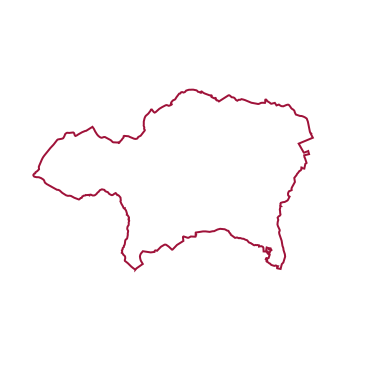 the district of Sangeorgiu De Padure, Mures, Romania, rotated 154°
{"feature_id": "2599482B81153426135249", "entity_name": "Sangeorgiu De Padure", "entity_type": "district", "adm_level": 2, "iso_a3": "ROU", "parent_name": "Romania", "parent_adm1": "Mures", "projection": "mercator", "projection_center": [24.904, 46.423], "detail": "fine", "context": "isolated", "style": "outline", "palette": "rose", "viewbox_px": 384, "rotation_deg": 154, "n_neighbors": 0, "source": "geoboundaries", "source_scale": "gbopen_adm2", "svg_char_len": 6072}
<svg xmlns="http://www.w3.org/2000/svg" viewBox="0 0 384 384"><g transform="rotate(154 192 192)"><path d="M325.5,277.7L326.9,277.1L327.3,276.5L327.3,275.9L327.0,274.9L325.3,273.5L323.2,272.4L321.5,270.6L320.0,268.1L319.9,266.6L320.1,265.0L319.1,262.8L312.4,253.2L311.2,252.5L310.3,251.4L309.0,248.1L306.6,244.2L305.4,243.1L303.5,242.2L302.5,241.5L300.3,238.4L297.0,234.9L296.5,234.8L294.7,235.4L293.8,235.1L292.4,236.1L291.8,236.0L291.1,236.2L289.5,235.7L288.8,235.9L288.1,235.4L286.4,234.8L285.6,233.8L285.4,233.9L285.4,234.4L284.1,234.0L282.8,232.4L281.5,231.8L280.5,231.7L278.7,232.1L277.1,232.9L275.9,233.1L274.0,234.0L271.8,233.9L269.8,232.3L269.7,231.2L269.4,230.5L267.7,228.7L267.2,226.5L265.8,224.6L265.2,224.2L264.3,224.1L262.4,224.5L261.1,224.5L260.9,224.1L260.9,223.3L260.4,222.5L260.5,221.9L259.7,221.5L259.3,220.7L258.7,218.4L259.7,215.6L260.4,215.1L260.6,212.6L260.4,209.5L260.5,207.8L260.2,207.0L259.5,206.9L259.8,206.1L259.4,204.4L259.9,201.1L260.6,200.1L260.0,199.2L259.8,196.8L260.1,196.2L260.2,196.4L261.2,195.0L261.1,193.6L262.3,192.4L262.6,191.5L263.5,190.0L265.0,189.2L266.1,187.8L266.5,186.7L266.4,185.3L266.7,184.6L268.0,182.8L268.5,181.6L270.5,178.9L271.3,178.4L272.4,178.3L273.3,177.6L275.2,174.7L276.1,173.8L276.8,173.5L277.3,172.5L278.8,172.0L279.2,171.5L279.6,170.7L280.6,170.3L281.0,168.7L281.8,168.1L281.3,167.1L281.2,165.7L280.5,164.0L280.5,163.1L281.0,161.8L282.3,160.2L282.5,159.5L280.9,156.2L279.2,151.4L277.8,148.5L276.9,147.2L277.0,147.0L275.4,147.7L267.8,148.9L268.1,152.8L267.7,154.9L267.1,156.8L266.3,157.9L265.0,159.0L262.1,160.3L255.6,155.8L252.0,154.6L251.5,155.3L250.7,155.6L250.0,155.3L249.2,154.5L243.9,156.4L239.9,156.7L239.2,156.5L238.5,156.0L237.8,154.9L236.8,153.0L235.4,149.3L235.2,148.9L234.7,148.8L228.7,151.0L221.2,151.8L220.0,155.2L219.6,155.7L219.0,155.7L216.0,152.8L215.2,152.4L212.5,152.5L208.7,150.4L208.2,150.4L207.8,151.3L207.0,151.6L206.9,151.9L207.2,152.5L206.9,152.8L206.7,153.6L206.4,153.9L199.5,151.8L197.0,150.6L193.6,148.4L190.7,147.7L189.3,147.1L185.6,147.1L182.9,146.6L179.0,144.2L178.4,143.5L177.3,141.9L176.3,141.1L176.2,139.2L175.7,137.6L175.9,136.7L173.4,131.9L171.5,131.4L170.0,129.8L169.1,129.7L167.3,128.0L166.1,127.3L165.1,125.9L163.6,124.4L163.0,121.8L161.4,120.0L161.1,119.3L160.7,118.9L160.2,117.9L159.7,117.1L159.1,116.7L158.2,116.6L157.4,116.0L156.5,115.7L155.2,114.7L155.7,113.6L153.6,113.0L152.7,112.1L152.3,111.4L152.3,110.5L153.7,107.2L151.4,105.9L151.2,106.1L151.0,106.9L150.1,108.3L149.2,109.4L147.8,108.0L146.1,106.9L146.2,106.5L147.2,106.4L146.1,105.9L146.0,105.4L146.1,104.9L147.5,104.7L149.0,103.2L149.4,103.5L149.6,104.3L150.6,105.5L151.1,105.4L150.9,103.7L150.2,101.8L149.8,101.4L152.2,99.0L153.0,99.2L154.1,100.0L154.8,99.6L155.2,99.2L154.3,97.8L154.4,97.6L155.2,97.5L155.4,97.2L155.3,96.6L154.7,95.9L153.7,93.8L153.1,93.2L153.0,92.4L152.6,91.6L150.4,89.5L148.8,89.2L148.4,88.4L147.3,87.6L148.9,86.5L148.9,86.1L146.1,84.0L142.9,87.8L140.8,88.6L136.6,93.1L135.8,95.4L135.2,99.6L134.5,101.7L134.3,103.9L132.8,108.9L131.9,116.1L131.3,117.8L130.5,118.4L129.9,119.2L129.8,119.9L129.7,123.8L129.4,125.4L128.1,127.5L126.7,129.1L126.3,131.4L124.9,132.1L123.6,132.2L122.7,132.6L122.2,133.2L122.1,134.1L121.2,136.3L120.8,137.7L120.3,138.4L119.6,139.1L118.8,140.7L118.4,140.5L118.6,141.2L117.9,141.9L117.7,142.7L116.9,143.3L114.8,143.0L113.1,142.4L110.1,142.5L109.1,142.9L106.3,145.1L106.9,146.1L107.0,147.1L106.2,148.8L104.7,150.1L101.6,150.0L100.9,151.7L99.8,152.6L95.1,155.9L93.9,159.8L90.6,161.4L89.6,162.2L88.3,162.7L86.2,163.8L85.3,163.7L84.4,164.0L83.9,164.4L82.9,166.1L82.6,165.9L82.3,164.9L80.8,163.8L77.8,167.6L76.3,167.9L75.6,172.9L75.7,173.7L75.1,175.8L70.2,174.7L69.6,177.9L74.1,178.2L74.3,178.8L74.9,188.7L59.6,187.8L59.7,192.3L59.3,192.3L59.7,194.2L57.0,204.5L56.7,207.7L57.7,209.5L58.8,210.9L60.1,212.2L61.7,213.1L64.7,216.1L64.7,218.5L64.4,219.7L64.5,220.6L64.9,221.7L65.7,222.9L66.2,224.5L66.2,225.4L66.7,227.6L67.1,228.2L67.6,228.5L68.9,228.8L72.4,229.0L73.9,229.9L74.6,230.7L75.6,232.5L78.1,232.8L78.5,235.8L81.9,236.5L82.5,237.0L83.0,238.3L84.0,239.8L84.6,241.2L84.7,242.2L85.0,242.7L85.6,242.8L86.2,242.0L86.6,240.8L87.3,240.1L89.9,241.5L90.9,241.8L93.4,241.9L94.1,242.2L99.5,246.2L104.1,251.4L105.7,252.9L106.9,253.8L108.2,253.7L109.5,254.4L111.3,254.2L112.2,255.6L112.4,257.2L112.8,258.2L113.4,258.9L114.8,259.8L115.5,261.6L116.0,262.5L116.8,262.9L128.1,261.6L128.5,262.6L129.0,263.3L129.4,263.3L130.0,264.5L130.0,265.0L129.6,265.4L129.5,266.0L129.9,266.4L130.4,266.2L130.9,266.4L132.8,268.8L132.8,269.4L132.1,269.7L132.1,270.2L132.5,270.6L133.1,270.7L134.1,271.5L137.7,275.3L139.0,277.4L139.1,277.9L139.4,278.2L139.7,278.2L140.0,277.4L140.4,277.2L140.7,277.4L141.8,278.8L142.7,279.5L143.0,280.7L143.4,281.4L146.1,283.5L150.1,285.3L152.8,285.7L154.4,285.0L155.0,285.0L156.0,285.1L157.0,286.1L157.7,286.3L158.5,286.3L159.3,285.7L160.5,286.0L164.6,283.9L166.1,282.9L166.9,282.6L168.8,282.7L170.8,282.0L171.6,281.2L171.7,280.6L172.0,280.9L172.4,280.4L172.6,280.0L172.3,279.5L173.0,279.4L175.0,279.6L176.6,281.2L177.7,281.5L181.6,281.4L184.9,281.1L189.4,279.8L190.7,279.7L191.3,280.5L192.0,283.8L192.8,284.0L193.7,283.2L196.9,281.6L200.2,280.7L201.3,280.0L202.4,279.0L204.5,276.4L205.7,273.9L206.4,272.7L206.5,271.1L207.4,269.7L207.2,268.7L207.5,268.0L213.4,265.1L216.2,265.0L217.6,264.1L218.3,264.1L219.6,264.5L220.7,265.3L223.8,268.8L224.6,269.9L228.4,272.2L229.0,272.1L229.6,271.0L231.3,270.3L232.7,269.5L234.1,269.1L235.9,268.1L236.4,268.2L236.5,269.0L237.2,269.1L241.0,271.2L241.4,271.7L242.3,274.2L246.1,279.5L247.0,280.0L249.3,280.3L249.9,280.7L250.8,281.8L251.6,283.5L252.1,285.3L252.5,288.9L252.5,291.8L252.9,294.2L260.3,293.4L261.3,293.7L264.6,293.9L269.2,293.6L270.3,293.4L272.1,293.4L272.4,293.8L272.5,294.6L272.2,296.4L272.3,297.0L272.7,297.6L276.4,298.9L278.3,300.0L279.2,300.0L280.5,299.7L282.5,297.9L284.2,296.8L285.6,296.9L289.4,298.0L290.3,297.9L295.6,295.3L299.8,293.7L308.8,289.5L310.8,288.4L312.7,287.0L317.9,282.5L318.7,281.7L319.5,279.5L321.9,278.6L324.0,278.3L324.7,277.5L325.5,277.7Z" fill="none" stroke="#9f1239" stroke-width="2"/></g></svg>